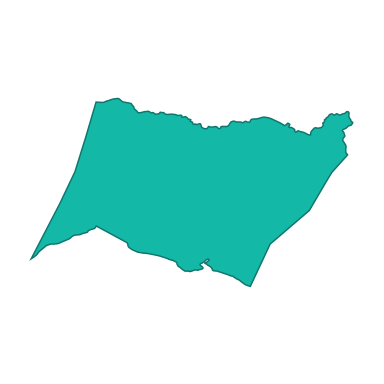 the district of Guarizama, Olancho, Honduras, rotated 267°
{"feature_id": "27666195B32639013731604", "entity_name": "Guarizama", "entity_type": "district", "adm_level": 2, "iso_a3": "HND", "parent_name": "Honduras", "parent_adm1": "Olancho", "projection": "equal_earth", "projection_center": [-86.275, 14.906], "detail": "fine", "context": "isolated", "style": "filled", "palette": "teal", "viewbox_px": 384, "rotation_deg": 267, "n_neighbors": 0, "source": "geoboundaries", "source_scale": "gbopen_adm2", "svg_char_len": 6077}
<svg xmlns="http://www.w3.org/2000/svg" viewBox="0 0 384 384"><g transform="rotate(267 192 192)"><path d="M133.7,27.9L135.2,30.5L137.2,33.3L138.2,34.4L139.6,35.4L140.7,36.5L144.6,41.7L145.7,43.3L146.2,44.1L147.0,46.6L147.4,48.7L147.4,49.4L147.2,50.9L147.3,52.6L147.4,54.4L147.6,56.0L148.1,57.3L148.9,59.3L149.6,61.4L150.7,64.3L151.2,65.9L151.6,66.8L152.5,68.4L153.5,69.3L153.9,70.0L154.4,70.8L154.7,71.4L155.0,72.6L155.1,73.9L155.2,75.2L155.2,77.0L155.3,78.0L155.7,79.2L156.2,80.3L157.1,84.9L157.5,85.7L158.1,85.9L158.4,86.1L159.0,87.1L159.6,88.3L159.7,88.7L160.4,91.8L160.7,92.7L161.4,93.5L161.9,93.9L162.6,94.2L163.0,94.7L145.1,124.0L144.5,124.6L144.0,124.9L141.7,125.3L140.8,125.6L140.4,125.8L139.8,126.3L139.0,127.3L138.1,128.5L137.6,129.2L136.3,131.6L134.8,134.6L133.5,140.2L133.2,142.6L132.8,145.0L131.4,150.6L130.3,154.7L129.5,157.1L128.6,159.5L127.8,161.7L126.6,164.4L125.9,165.6L125.0,168.3L124.5,169.9L123.8,170.8L122.9,172.5L122.5,172.9L121.8,173.2L120.7,173.3L120.2,173.5L119.3,173.9L118.7,174.2L117.3,176.2L116.0,177.4L114.5,179.2L113.8,180.2L113.3,181.0L113.3,183.5L112.8,185.2L112.7,185.9L112.7,186.3L112.9,187.3L113.9,190.3L113.9,191.6L113.9,192.7L113.8,193.0L113.6,193.4L113.5,193.8L113.6,194.1L114.0,195.0L114.3,197.1L114.7,198.1L114.9,198.6L115.2,198.9L115.6,199.0L116.0,198.9L116.8,198.4L117.9,197.0L118.6,196.4L119.1,196.2L119.5,196.4L119.8,196.6L120.1,197.0L120.4,198.2L121.7,200.6L122.8,201.7L123.8,203.2L124.2,204.2L124.2,204.5L124.1,204.9L123.8,205.3L123.4,205.5L122.4,204.7L121.4,203.6L121.0,202.5L120.6,201.7L120.3,201.3L120.1,201.2L119.1,203.0L118.4,203.5L116.9,205.8L116.2,206.7L115.2,207.5L114.4,208.1L113.9,208.3L113.5,208.2L113.1,208.3L112.9,208.4L112.7,208.6L112.3,209.3L112.0,210.4L111.8,212.3L111.6,213.3L111.1,214.2L110.2,216.9L109.3,219.0L107.2,224.4L106.2,226.3L106.0,227.0L105.9,227.8L105.8,228.2L105.3,228.9L102.9,232.0L101.6,234.5L99.1,237.3L96.9,240.1L96.5,240.8L95.7,242.5L95.4,243.2L95.0,244.5L94.7,245.3L135.9,267.3L167.4,308.2L195.5,326.7L204.2,332.6L220.9,349.3L221.7,348.9L222.7,348.0L223.6,347.7L226.4,347.7L229.0,348.2L229.6,348.2L230.2,348.1L231.0,347.8L232.3,347.1L235.6,345.3L235.9,345.2L236.5,345.2L237.2,345.6L237.7,345.9L239.7,347.5L240.0,347.6L240.8,347.4L242.1,347.0L243.1,346.8L243.5,346.7L244.0,346.4L245.2,345.3L245.8,345.5L246.3,345.9L246.8,347.0L247.3,348.4L247.5,348.9L248.5,350.2L249.7,351.6L250.0,352.6L250.3,353.9L250.5,354.5L251.7,355.6L252.6,356.0L253.0,356.1L253.4,355.9L253.6,355.6L253.8,355.0L254.1,354.7L254.5,354.5L255.7,354.3L257.4,353.3L258.7,352.7L259.8,352.6L261.1,352.7L262.5,353.0L263.0,352.9L263.4,352.7L263.8,352.3L264.0,351.9L264.2,351.3L264.1,350.9L263.9,350.3L263.7,350.1L263.2,349.7L262.7,349.0L262.4,348.1L262.2,346.9L261.9,345.8L261.7,345.4L261.3,344.6L261.1,343.9L261.2,343.4L261.3,342.8L261.7,342.2L262.3,341.4L262.5,340.8L262.5,340.4L262.3,339.9L262.0,339.4L261.6,338.7L261.4,338.1L261.5,337.7L261.9,337.1L262.4,336.5L262.6,336.1L262.7,335.5L262.6,335.0L262.3,333.9L261.7,333.1L259.7,331.5L259.5,331.3L259.3,330.5L258.9,329.9L258.3,329.7L257.7,329.3L257.3,328.2L257.2,328.1L256.1,328.1L255.2,327.7L254.3,327.0L254.1,326.4L253.9,326.2L253.4,326.2L252.3,326.6L251.8,326.6L251.2,326.2L250.4,325.6L249.9,325.0L249.6,324.4L249.4,323.7L249.3,322.7L249.1,320.7L249.6,319.3L249.7,318.9L249.6,318.1L249.2,317.2L248.4,316.4L247.0,315.0L245.5,313.8L242.9,313.4L242.8,313.0L242.8,312.4L243.5,310.4L244.7,308.5L245.8,306.4L246.6,303.6L247.5,301.3L247.5,300.8L247.5,300.6L246.3,299.3L246.3,298.8L246.4,298.4L246.7,298.1L247.0,297.9L247.6,297.8L248.3,297.9L248.9,297.7L249.3,297.5L250.5,295.9L251.2,294.7L251.4,292.8L251.4,292.5L251.5,292.4L252.0,292.2L252.3,292.4L252.9,292.3L253.1,292.4L253.9,293.1L254.4,293.2L254.6,293.1L254.9,292.8L255.6,291.7L255.7,291.3L255.6,291.0L254.4,289.8L254.0,289.2L253.7,288.4L253.6,287.7L256.4,283.7L260.2,276.5L260.8,275.5L262.0,272.5L262.7,269.9L262.9,268.0L263.0,266.8L262.9,266.1L262.1,263.1L261.7,260.9L261.6,256.4L261.5,255.6L261.3,255.0L261.0,254.6L258.8,253.3L258.7,253.1L258.7,252.2L258.9,251.2L259.2,250.3L259.7,249.5L259.8,249.0L259.6,248.4L258.6,246.8L258.5,246.5L258.5,246.1L258.7,245.5L259.1,245.2L259.2,244.8L259.5,242.5L259.5,241.1L259.6,240.2L259.8,239.6L260.5,237.9L260.6,237.3L260.6,236.9L260.2,235.5L259.7,234.3L257.1,232.5L256.3,231.7L255.8,231.0L255.6,230.4L255.6,229.7L255.9,225.8L255.8,224.8L255.7,224.4L254.9,224.2L254.4,223.9L254.1,223.4L253.9,222.7L253.9,222.2L254.0,221.9L254.5,221.3L255.6,220.3L255.8,219.9L256.0,219.5L256.1,219.1L256.1,218.4L255.8,216.1L255.8,214.6L256.0,213.6L256.2,213.1L256.5,212.6L256.6,212.3L256.5,212.0L256.4,211.7L255.5,211.3L254.7,210.3L254.5,209.8L254.5,209.4L254.5,208.3L254.6,207.7L255.0,206.8L255.6,205.8L256.0,205.2L256.6,204.9L259.3,204.2L259.6,203.9L259.8,203.5L259.7,202.7L259.5,201.7L259.1,201.0L259.1,200.6L259.2,199.9L259.6,199.4L259.7,199.0L259.7,198.5L259.4,197.6L259.4,197.2L259.5,196.9L259.7,196.7L260.0,196.5L261.7,196.1L262.6,193.9L262.9,193.9L263.3,194.1L264.0,194.6L264.4,194.5L264.5,194.1L265.0,192.1L266.8,190.7L267.2,190.1L267.6,189.5L267.6,189.2L267.2,186.8L267.2,186.0L267.4,186.0L268.7,185.8L269.0,185.6L269.2,185.2L269.3,184.5L269.2,182.8L269.2,181.6L269.4,181.1L270.2,179.7L270.3,178.9L270.4,177.6L270.5,177.2L270.8,176.6L270.8,176.2L270.8,174.1L270.7,171.4L270.8,170.5L271.1,169.8L271.4,169.2L271.7,168.8L272.4,168.3L272.8,167.7L272.9,167.2L272.7,166.6L272.7,166.3L273.1,165.4L273.3,164.6L273.2,164.3L272.2,163.6L271.9,162.9L271.8,162.3L271.6,161.2L271.6,159.6L273.3,157.3L273.4,156.9L273.1,156.1L273.2,155.5L273.6,154.7L274.5,153.4L274.8,152.9L274.9,152.7L274.7,148.8L274.0,145.4L273.9,144.7L273.9,143.4L274.0,142.5L274.2,142.3L274.4,142.0L275.5,141.3L278.0,138.8L279.1,138.4L280.0,138.3L282.3,136.6L283.1,136.2L283.4,136.0L283.8,135.1L284.3,133.2L285.0,130.1L285.4,128.5L285.7,127.5L286.3,126.7L288.3,124.7L288.9,123.9L289.2,123.2L289.3,122.6L289.2,121.1L289.0,118.7L288.9,117.9L288.4,115.8L287.6,113.4L287.3,111.5L286.5,109.6L286.1,108.2L286.1,107.5L286.2,106.4L286.8,100.9L252.4,88.8L218.4,76.2L187.2,59.3L133.7,27.9Z" fill="#14b8a6" stroke="#0f766e" stroke-width="1.5"/></g></svg>